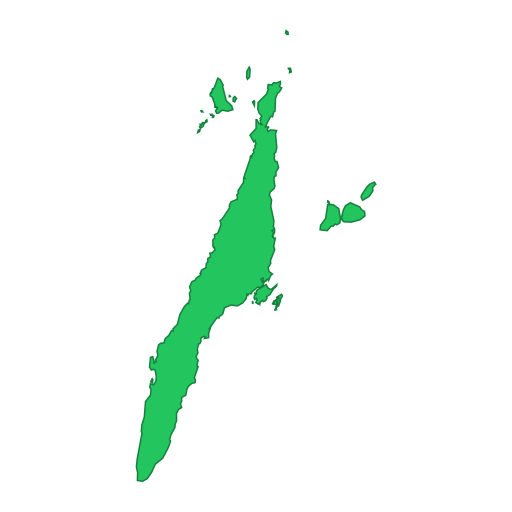 Cebu, Cebu, Philippines (Robinson projection)
{"feature_id": "2640588B97548260432831", "entity_name": "Cebu", "entity_type": "district", "adm_level": 2, "iso_a3": "PHL", "parent_name": "Philippines", "parent_adm1": "Cebu", "projection": "robinson", "projection_center": [123.887, 10.469], "detail": "fine", "context": "isolated", "style": "filled", "palette": "green", "viewbox_px": 512, "rotation_deg": 0, "n_neighbors": 0, "source": "geoboundaries", "source_scale": "gbopen_adm2", "svg_char_len": 6062}
<svg xmlns="http://www.w3.org/2000/svg" viewBox="0 0 512 512"><path d="M280.4,81.4L276.4,83.0L273.4,82.7L272.2,84.8L268.2,84.5L267.6,88.3L268.3,89.3L266.4,94.2L258.1,102.5L257.8,109.0L259.2,113.2L261.8,116.1L260.1,118.5L261.0,119.3L260.2,120.3L260.6,123.0L262.7,125.2L258.8,123.4L256.9,119.7L256.1,119.7L256.1,128.5L250.0,135.1L253.7,141.9L255.0,140.5L256.0,143.8L254.8,145.8L255.3,147.4L253.3,150.3L254.0,152.8L252.3,154.2L251.7,156.8L251.1,155.9L250.9,155.8L250.1,157.0L250.4,158.1L243.9,177.2L244.9,178.4L243.7,178.4L243.4,182.5L238.0,190.8L238.3,193.2L236.8,195.0L237.5,197.5L236.8,199.4L231.0,201.9L229.4,205.0L229.4,208.2L222.1,219.0L220.1,220.5L221.0,224.8L217.9,233.0L214.5,234.7L214.6,237.9L212.9,239.9L212.9,246.2L213.7,247.7L214.4,247.3L215.0,249.9L211.9,253.0L209.9,253.1L210.5,256.9L207.7,258.6L207.9,261.7L206.3,263.5L206.0,267.7L201.6,270.0L200.1,273.6L201.0,273.9L200.5,275.1L196.2,278.1L195.1,280.3L192.0,281.6L190.9,283.6L189.6,287.0L190.8,291.0L189.4,293.1L190.2,299.6L189.2,300.2L188.7,303.6L187.7,303.1L184.4,306.5L179.9,314.5L177.4,324.3L173.0,328.8L173.2,331.0L171.5,330.6L168.9,335.3L165.2,338.6L163.9,343.0L160.6,343.2L158.6,344.9L157.0,351.3L157.8,355.3L155.7,359.8L156.4,361.8L154.4,362.0L153.9,364.0L154.1,361.0L152.7,356.6L150.5,357.3L149.5,367.3L151.4,370.1L153.6,369.3L155.1,370.3L156.3,376.2L155.9,381.3L153.5,384.8L150.4,383.8L149.8,387.2L151.0,389.7L150.5,395.0L145.5,401.6L144.3,417.1L141.9,424.9L141.3,431.1L142.0,433.3L137.2,458.9L136.4,466.9L137.6,472.5L137.4,480.5L142.6,481.3L147.3,478.6L151.5,472.5L155.3,464.2L162.7,458.2L168.3,447.5L170.6,441.1L169.6,440.0L170.9,434.9L175.0,427.3L175.1,424.3L176.6,420.8L176.5,413.3L178.8,409.2L181.7,407.6L180.5,404.1L181.7,401.2L181.6,397.5L185.8,395.2L187.0,388.8L188.7,386.0L191.9,383.4L195.1,382.6L195.4,379.9L194.4,377.7L198.1,366.7L197.4,366.8L197.1,364.2L198.2,360.2L197.1,359.2L196.1,356.7L198.0,352.6L197.2,349.4L198.7,343.8L199.8,343.7L200.9,341.4L200.9,338.1L204.1,336.3L205.3,337.1L204.5,338.5L208.7,337.6L208.6,333.6L210.1,328.7L209.4,329.2L209.1,328.9L216.7,318.0L219.0,318.0L219.1,316.6L222.7,314.1L224.6,307.6L231.4,305.0L237.4,305.9L242.8,302.9L246.3,298.4L247.0,294.2L247.9,295.1L248.0,294.1L251.5,293.6L251.9,292.0L257.4,287.2L260.5,287.3L262.9,285.2L264.0,282.7L262.4,282.2L260.9,279.2L262.3,278.4L263.0,279.2L263.4,277.5L262.9,281.3L265.9,281.3L266.2,280.2L266.6,281.1L266.5,280.0L268.4,279.2L268.7,280.3L270.6,275.6L272.5,274.1L268.9,271.4L268.2,267.5L270.7,263.5L270.5,260.5L274.7,249.7L273.7,246.3L275.3,238.1L274.0,238.3L272.8,236.9L274.0,236.8L272.8,236.5L272.8,235.0L273.2,235.0L273.7,234.4L273.4,233.7L274.5,232.9L274.2,232.5L273.2,233.8L273.1,234.9L272.7,235.0L273.7,232.5L271.9,230.7L274.3,229.2L274.6,232.1L274.6,228.8L273.4,226.8L273.9,220.8L270.8,206.4L271.6,200.0L269.3,194.7L270.4,191.8L274.0,188.7L274.9,186.1L273.9,179.3L274.4,176.6L276.0,175.7L275.9,172.1L278.6,167.7L277.0,161.5L275.1,161.4L274.1,157.6L274.7,156.2L274.0,153.8L275.7,152.5L276.8,147.6L275.5,134.0L276.6,130.5L270.6,129.9L268.1,131.5L267.3,129.1L269.0,126.6L267.9,127.4L266.4,126.1L265.7,127.0L265.2,126.8L270.2,117.2L271.1,116.1L272.5,116.8L273.7,112.1L275.0,111.1L275.5,98.4L277.5,93.3L279.7,91.6L281.7,87.9L279.2,86.4L280.5,83.9L280.4,81.4ZM350.3,202.7L345.5,205.7L343.5,209.7L341.9,215.5L342.2,215.8L342.4,215.6L342.5,215.7L340.4,218.0L338.8,208.7L333.2,204.7L327.7,204.5L325.6,218.5L320.6,225.2L320.1,229.8L327.1,230.7L331.4,226.0L333.2,226.2L335.1,224.0L336.8,224.8L339.9,222.9L340.4,218.0L342.3,219.0L341.9,219.8L343.8,221.8L351.4,222.1L359.9,219.8L365.0,215.9L364.5,211.4L361.9,210.0L359.7,206.9L350.3,202.7ZM214.9,107.3L216.5,107.6L216.2,107.3L216.1,106.6L217.7,107.8L215.5,110.8L216.6,113.3L218.5,113.1L222.1,110.2L227.9,111.2L232.8,109.7L231.7,105.8L226.2,100.5L222.6,86.5L223.2,85.2L220.5,80.0L217.8,78.1L214.2,88.0L212.6,88.7L213.5,89.8L212.4,89.3L211.4,93.1L210.7,92.6L210.0,94.3L210.4,96.0L212.0,96.8L214.7,103.8L214.9,107.3ZM276.8,284.6L271.7,289.1L270.1,289.3L267.7,287.7L266.2,284.6L257.8,289.5L256.7,290.6L257.1,291.3L256.5,290.8L256.4,290.9L256.2,293.5L255.4,293.2L254.0,292.9L256.2,293.7L254.6,295.2L254.0,297.9L254.8,299.5L256.3,298.4L257.2,299.3L255.8,302.5L258.3,304.2L259.1,303.3L259.7,304.2L259.7,303.1L260.3,304.3L259.6,302.9L262.5,300.3L263.3,301.7L265.5,300.7L267.1,298.0L266.5,296.6L269.9,294.7L273.3,289.1L276.6,286.0L276.8,284.6ZM374.9,185.0L374.0,185.3L375.1,184.6L375.1,183.9L375.6,183.9L374.4,182.1L369.8,184.1L367.0,186.8L361.5,195.2L361.1,197.2L362.6,200.3L369.2,196.4L372.9,190.8L372.6,187.5L374.9,185.0ZM281.6,294.3L277.3,296.8L278.9,297.6L278.9,298.6L277.9,298.5L278.0,297.2L277.6,298.9L276.2,297.3L277.5,298.9L275.3,300.3L275.3,300.5L275.5,300.5L275.9,300.6L274.1,300.7L272.2,304.4L274.6,301.9L273.7,304.2L276.7,304.5L277.2,302.7L276.2,301.4L277.8,301.2L277.5,303.7L278.8,305.3L280.7,300.2L280.0,300.8L279.8,300.7L282.4,295.9L281.6,294.3ZM249.2,67.1L246.9,71.3L246.6,77.3L247.5,79.3L249.6,77.1L250.1,69.1L249.2,67.1ZM234.8,96.5L233.2,98.0L233.1,101.2L234.7,101.9L236.5,98.5L234.8,96.5ZM202.4,122.6L202.1,124.0L200.2,124.3L200.9,124.9L199.5,126.7L200.3,128.3L203.1,126.4L204.6,122.7L202.4,122.6ZM254.0,100.7L252.5,102.0L254.4,105.7L254.6,101.4L254.0,100.7ZM286.1,30.7L285.5,32.9L287.0,34.5L288.2,34.3L288.0,32.1L286.1,30.7ZM152.2,378.7L150.7,381.9L152.5,382.7L152.9,379.8L152.2,378.7ZM289.5,72.7L291.3,72.0L290.4,68.2L288.4,68.4L289.8,70.4L289.5,72.7ZM200.1,129.5L198.3,130.1L197.7,132.6L199.6,131.5L200.1,129.5ZM206.8,119.8L205.6,120.9L205.3,122.7L207.1,121.6L206.8,119.8ZM212.7,115.1L212.4,117.4L213.6,117.2L213.9,115.6L212.7,115.1ZM278.5,305.9L277.5,303.9L276.3,306.0L277.4,306.1L277.2,306.8L278.5,305.9ZM211.8,113.6L211.7,114.8L210.5,114.4L210.9,115.3L212.1,115.2L211.8,113.6ZM276.6,309.6L275.8,307.7L275.1,309.6L274.4,310.3L276.6,309.6ZM327.7,201.0L327.6,202.1L329.6,203.6L328.6,201.3L327.7,201.0ZM201.7,110.5L200.9,110.8L201.5,111.9L202.8,111.9L201.7,110.5ZM229.4,95.5L229.3,96.7L230.4,96.5L230.2,96.0L229.4,95.5ZM252.5,301.0L252.5,303.2L252.8,303.4L253.1,303.0L252.5,301.0Z" fill="#22c55e" stroke="#15803d" stroke-width="1.5"/></svg>